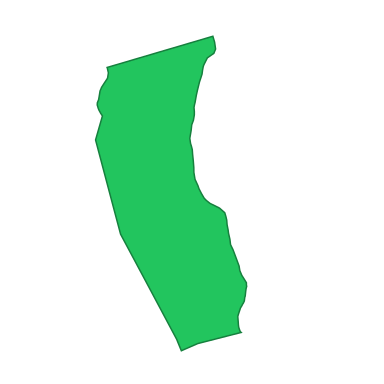 outline of Fond Berange, Laborie, Saint Lucia, rotated 156°
{"feature_id": "8701671B1991093639025", "entity_name": "Fond Berange", "entity_type": "district", "adm_level": 2, "iso_a3": "LCA", "parent_name": "Saint Lucia", "parent_adm1": "Laborie", "projection": "equal_earth", "projection_center": [-61.005, 13.783], "detail": "fine", "context": "isolated", "style": "filled", "palette": "green", "viewbox_px": 384, "rotation_deg": 156, "n_neighbors": 0, "source": "geoboundaries", "source_scale": "gbopen_adm2", "svg_char_len": 1461}
<svg xmlns="http://www.w3.org/2000/svg" viewBox="0 0 384 384"><g transform="rotate(156 192 192)"><path d="M174.4,142.8L174.1,144.2L173.2,148.0L171.7,152.2L171.0,155.9L170.5,159.7L173.4,166.1L180.2,174.3L182.3,178.4L183.4,181.4L184.0,186.8L184.3,192.2L184.0,195.4L184.1,202.3L182.3,209.2L180.4,213.6L178.2,219.8L176.0,226.5L174.5,230.6L173.9,234.1L173.6,236.8L172.2,241.9L167.8,248.5L164.9,253.5L161.5,257.0L158.5,261.5L157.1,264.6L155.8,268.4L154.3,270.6L152.6,272.8L151.4,274.6L148.7,278.6L145.6,282.8L140.3,289.6L137.2,293.0L134.9,295.6L132.8,299.0L130.8,301.9L129.4,303.4L123.4,308.3L115.6,309.8L114.4,311.0L112.3,313.0L110.4,319.7L109.6,325.8L218.9,340.3L218.9,340.0L219.3,337.9L219.7,336.0L219.9,334.9L222.6,330.7L223.2,330.1L227.6,327.3L227.9,327.1L232.2,324.3L232.4,324.0L234.9,321.7L238.1,316.8L239.8,314.3L242.2,312.0L243.2,310.0L243.3,309.1L243.6,306.8L243.7,304.8L243.4,301.0L242.9,297.9L258.9,278.8L259.0,278.3L267.2,227.4L274.4,182.5L270.6,130.0L265.9,63.5L266.0,61.3L266.3,51.3L262.1,51.3L248.4,51.2L218.3,46.1L204.2,43.7L204.7,45.0L204.7,45.3L204.5,48.0L204.3,49.6L203.6,51.9L202.8,54.0L201.0,59.1L200.7,59.8L199.0,61.8L194.8,66.4L193.0,67.6L191.3,69.0L190.3,69.6L188.5,71.2L186.7,74.2L185.7,75.3L183.1,79.8L181.9,81.7L180.4,83.6L180.1,84.9L179.2,87.0L179.8,91.5L180.4,95.6L180.3,100.7L179.1,105.2L178.8,109.9L178.5,114.4L178.0,122.8L178.2,128.2L176.6,133.4L175.4,139.5L174.4,142.8Z" fill="#22c55e" stroke="#15803d" stroke-width="1.5"/></g></svg>